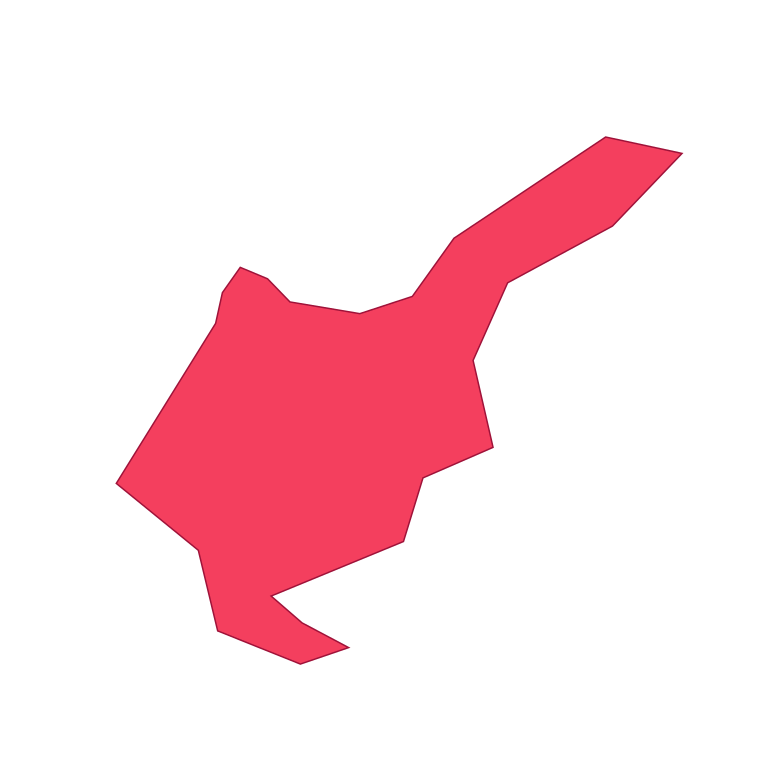 the City of Chişinău, rotated 103°
{"feature_id": "MDA-1627", "entity_name": "Chişinău", "entity_type": "City", "adm_level": 1, "iso_a3": "MDA", "parent_name": "Moldova", "parent_adm1": "", "projection": "albers", "projection_center": [28.832, 47.05], "detail": "fine", "context": "isolated", "style": "filled", "palette": "rose", "viewbox_px": 768, "rotation_deg": 103, "n_neighbors": 0, "source": "natural_earth", "source_scale": "10m", "svg_char_len": 457}
<svg xmlns="http://www.w3.org/2000/svg" viewBox="0 0 768 768"><g transform="rotate(103 384 384)"><path d="M421.2,263.5L466.7,324.9L533.1,329.6L616.0,446.3L635.2,410.1L648.8,359.2L675.7,402.5L662.0,490.5L587.8,527.5L541.1,622.5L362.8,561.7L331.3,562.0L302.7,550.3L307.7,521.1L325.2,494.1L320.9,423.4L292.3,376.1L226.2,348.6L93.5,223.6L92.3,145.5L178.7,196.9L257.6,286.3L341.0,302.5L421.2,263.5Z" fill="#f43f5e" stroke="#9f1239" stroke-width="1.5"/></g></svg>